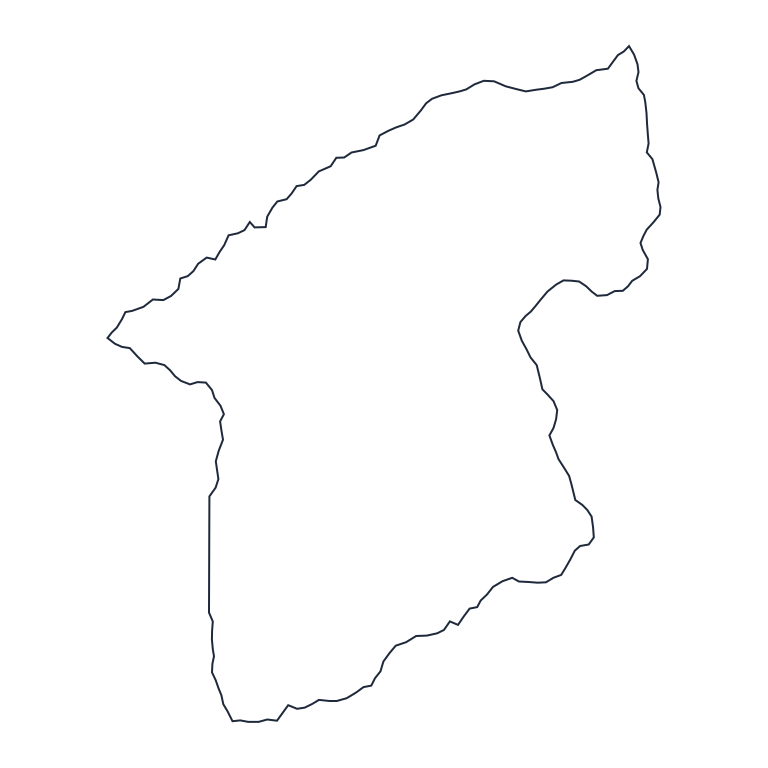 Luislândia, Minas Gerais, Brazil (Albers equal-area conic projection)
{"feature_id": "56859067B98667495241529", "entity_name": "Luislândia", "entity_type": "district", "adm_level": 2, "iso_a3": "BRA", "parent_name": "Brazil", "parent_adm1": "Minas Gerais", "projection": "albers", "projection_center": [-44.589, -16.198], "detail": "fine", "context": "isolated", "style": "outline", "palette": "slate", "viewbox_px": 768, "rotation_deg": 0, "n_neighbors": 0, "source": "geoboundaries", "source_scale": "gbopen_adm2", "svg_char_len": 2868}
<svg xmlns="http://www.w3.org/2000/svg" viewBox="0 0 768 768"><path d="M629.0,46.1L623.8,51.5L617.9,55.1L613.1,61.6L607.9,68.7L596.3,70.2L585.9,76.3L579.6,79.8L572.8,81.8L561.4,83.0L552.7,87.2L544.3,88.7L536.5,89.7L525.8,91.4L516.4,89.1L505.7,86.3L494.1,81.3L483.8,80.8L474.4,84.4L466.3,89.4L459.6,91.4L451.7,93.2L441.4,95.3L432.0,98.8L426.1,103.3L420.9,110.4L413.2,119.5L404.6,124.5L396.1,127.4L388.6,130.7L379.6,135.4L375.7,145.7L363.4,150.1L351.5,152.5L344.2,157.5L336.3,157.8L330.7,166.2L318.8,171.4L310.7,179.8L304.2,184.9L296.6,186.1L291.6,193.5L286.6,199.2L277.3,201.5L272.4,207.7L267.2,216.7L265.7,227.1L254.6,227.4L249.8,222.0L244.5,230.1L237.8,233.3L228.6,235.3L224.2,245.2L219.7,251.8L215.3,259.5L206.7,257.6L198.2,263.7L193.4,271.1L187.8,276.1L180.3,278.5L178.4,288.9L171.0,296.0L163.3,300.1L152.9,299.5L143.5,306.8L132.1,310.9L125.4,312.1L122.0,319.1L116.8,327.6L111.7,332.6L107.5,338.0L115.0,343.8L122.0,346.9L129.8,348.1L137.3,356.3L144.7,363.6L155.4,362.7L164.4,365.1L169.9,370.1L175.1,376.3L181.0,380.9L190.0,384.4L197.5,382.1L205.9,382.6L212.0,390.1L214.5,397.9L220.5,405.8L223.9,414.2L220.1,421.4L221.3,429.7L223.0,439.7L218.7,450.8L215.8,461.3L217.2,471.0L218.4,479.1L215.6,487.7L209.4,496.4L209.0,612.6L212.8,621.5L212.1,630.7L211.9,639.2L212.8,649.2L214.0,656.3L212.4,663.9L212.0,672.4L215.7,680.2L218.5,688.2L221.4,695.3L223.3,704.2L227.6,711.4L232.5,721.2L240.3,720.4L248.4,721.9L258.5,721.9L267.3,719.5L277.0,720.7L283.7,711.4L288.2,705.2L297.1,708.8L304.8,707.6L312.1,704.0L318.9,699.9L329.4,701.0L336.7,701.0L346.7,698.2L356.1,692.5L363.5,687.1L371.3,685.6L375.0,678.2L380.5,671.3L383.4,661.5L389.5,653.1L395.7,645.7L406.1,642.2L416.1,636.0L426.9,635.6L437.2,633.3L444.0,629.9L449.9,621.4L458.0,624.9L463.5,616.8L469.6,608.6L477.2,607.1L480.7,600.5L486.9,594.6L493.0,586.9L502.5,581.2L512.2,577.8L518.9,581.5L528.6,582.0L537.8,582.7L545.9,582.3L553.4,577.8L561.2,574.9L565.6,567.7L570.5,559.1L574.8,550.7L580.1,546.0L588.7,544.5L593.8,537.4L593.1,527.5L591.6,516.6L587.3,510.0L582.4,505.0L575.3,500.0L573.1,491.0L571.3,483.8L569.1,475.9L563.9,467.5L558.5,459.1L556.1,452.4L552.8,444.8L549.4,435.4L553.5,428.0L556.1,419.2L557.2,410.0L553.5,401.1L547.4,394.4L542.4,389.3L539.8,377.7L536.7,365.1L530.5,357.4L526.7,349.6L521.8,340.7L518.2,330.6L520.4,322.1L525.6,316.0L530.8,311.6L535.3,306.3L540.2,300.2L547.4,291.6L556.1,284.6L563.5,280.4L571.3,280.7L579.1,281.5L586.1,286.2L591.7,291.6L597.2,295.8L607.0,295.1L614.7,291.1L622.8,290.8L628.0,286.3L632.2,280.8L640.0,276.2L647.0,268.9L647.9,259.2L642.7,249.9L640.5,243.0L643.4,236.0L646.7,229.7L653.7,222.0L659.7,214.6L660.5,207.0L658.3,198.4L657.4,189.9L658.6,182.3L656.3,172.9L652.4,159.1L646.8,152.4L648.6,143.5L647.9,135.1L647.1,124.6L646.5,113.1L645.3,102.3L643.9,94.9L638.5,88.3L636.4,80.9L638.5,72.1L637.5,64.3L634.1,54.7L629.0,46.1Z" fill="none" stroke="#1e293b" stroke-width="2"/></svg>